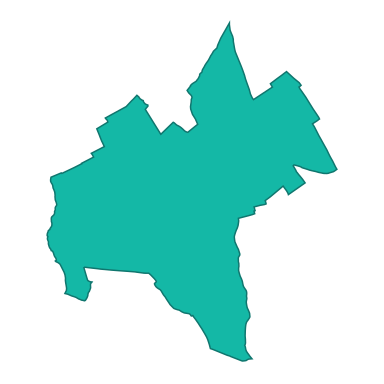 outline of Feresti, Vaslui, Romania
{"feature_id": "2599482B73897290274237", "entity_name": "Feresti", "entity_type": "district", "adm_level": 2, "iso_a3": "ROU", "parent_name": "Romania", "parent_adm1": "Vaslui", "projection": "orthographic", "projection_center": [27.708, 46.79], "detail": "fine", "context": "isolated", "style": "filled", "palette": "teal", "viewbox_px": 384, "rotation_deg": 0, "n_neighbors": 0, "source": "geoboundaries", "source_scale": "gbopen_adm2", "svg_char_len": 5896}
<svg xmlns="http://www.w3.org/2000/svg" viewBox="0 0 384 384"><path d="M319.5,119.0L318.8,117.5L316.7,114.3L313.3,109.3L308.0,100.8L305.8,97.2L302.6,92.6L300.7,89.9L299.9,88.8L299.0,87.0L299.9,86.4L301.1,85.3L299.2,82.7L293.7,78.2L291.2,75.9L289.8,74.6L286.5,71.6L286.3,71.8L284.5,73.1L281.8,75.2L277.4,78.4L270.4,83.7L272.4,87.1L253.5,99.6L252.2,97.8L250.5,94.2L249.2,89.4L247.0,83.3L245.5,79.0L244.5,75.3L242.7,70.2L241.3,66.5L235.4,52.1L234.8,49.8L234.4,47.7L233.8,44.1L233.4,41.9L233.3,40.7L233.3,39.3L232.6,36.3L230.9,32.3L230.1,30.1L229.4,24.6L229.4,23.0L220.8,38.1L217.7,45.2L216.9,48.0L213.4,51.3L212.8,52.5L211.6,54.5L210.8,55.6L209.5,58.2L208.3,60.4L206.3,63.2L204.9,65.4L204.4,66.5L202.6,69.5L202.2,70.5L202.0,71.8L201.6,72.5L201.0,72.9L200.4,73.4L199.8,74.1L199.7,74.5L199.6,75.3L199.6,76.0L199.1,76.7L198.2,78.6L197.1,79.9L196.5,80.8L196.1,81.3L192.5,83.6L191.4,84.5L190.4,85.7L190.5,86.3L190.2,86.5L187.1,90.4L188.7,92.9L191.1,95.3L191.8,96.4L192.0,97.7L191.3,99.4L191.2,101.9L190.5,106.7L190.7,109.1L192.5,114.4L195.4,119.0L197.7,124.3L187.8,132.3L186.9,132.1L185.7,131.6L184.5,130.8L182.8,129.1L181.2,127.7L179.7,126.6L178.0,125.7L176.6,125.0L174.3,122.9L173.2,122.3L160.8,134.3L145.3,109.4L146.1,108.3L147.9,106.2L147.9,105.1L145.4,104.1L144.0,102.6L143.8,102.2L143.3,101.4L143.3,100.7L142.8,100.3L141.9,100.1L141.0,99.4L140.2,98.9L139.2,97.7L138.9,97.0L136.9,95.3L133.2,99.3L131.6,100.8L126.2,106.6L105.3,118.0L105.6,118.6L106.4,119.3L107.2,120.2L107.7,121.5L107.8,122.2L107.4,122.4L96.8,128.8L99.4,135.2L100.1,137.1L101.6,140.9L102.6,142.9L104.3,146.6L91.3,153.3L92.4,154.8L93.6,157.1L81.6,163.3L81.8,163.7L74.3,167.5L61.9,173.4L61.3,172.9L51.0,177.2L50.6,179.6L50.6,180.9L50.7,181.5L51.2,182.6L51.8,183.6L52.3,184.4L52.7,185.5L52.9,186.6L53.0,187.5L53.2,188.3L53.8,189.5L54.4,191.1L54.7,191.9L54.9,193.2L55.1,195.5L55.0,196.7L55.3,200.0L56.2,202.3L56.5,203.4L56.7,204.5L56.7,205.1L56.3,205.8L55.7,206.6L55.3,207.4L55.2,208.4L55.3,209.4L55.2,209.8L55.0,210.5L54.8,210.9L54.5,211.9L54.7,212.7L54.5,213.4L54.1,214.6L53.4,215.3L52.1,216.6L51.7,217.0L51.4,217.7L51.3,218.3L51.3,219.6L51.4,220.7L51.4,221.6L51.9,223.0L51.9,223.8L51.9,224.7L51.8,225.6L51.5,226.4L50.9,227.3L50.0,228.6L50.0,229.2L49.7,229.7L49.2,229.9L48.8,230.2L48.3,230.7L48.1,231.6L47.4,233.3L47.1,235.2L47.3,235.3L47.4,235.6L47.5,236.0L47.5,236.4L47.9,236.7L47.8,237.0L47.5,237.7L47.4,238.8L47.6,239.7L48.4,241.6L48.5,242.0L48.4,242.7L48.4,243.9L48.6,244.7L48.8,245.3L49.1,246.4L49.4,247.2L50.0,248.3L50.7,249.1L51.1,250.3L51.3,250.7L51.5,250.7L52.1,250.9L52.7,251.4L53.4,252.9L54.3,255.8L55.1,257.2L55.8,258.1L56.2,259.2L56.3,260.4L55.9,260.6L55.3,261.0L55.6,261.4L56.0,261.7L57.8,262.5L59.0,263.3L60.1,264.3L64.1,272.2L65.0,274.9L65.5,278.0L65.4,280.5L65.7,282.8L66.2,285.6L66.6,288.2L66.4,290.5L64.9,293.5L66.1,293.8L67.8,294.2L71.6,295.9L74.2,296.7L76.1,297.4L77.9,298.5L79.0,299.1L79.6,299.2L80.1,299.5L81.8,300.2L83.2,300.4L84.3,300.8L84.7,300.7L84.9,300.4L85.4,300.4L86.7,298.3L87.5,296.6L87.8,295.5L87.9,294.6L88.0,293.8L88.3,292.9L88.5,292.4L89.3,291.4L90.0,289.6L90.3,288.7L90.6,288.0L90.6,287.5L90.5,285.3L90.5,284.1L91.0,283.0L91.6,282.6L92.0,282.0L90.4,281.8L88.7,281.1L87.7,280.4L86.9,278.0L83.9,267.7L84.7,267.2L89.7,267.8L97.7,268.7L100.7,269.1L102.8,269.3L105.3,269.5L111.7,270.1L118.0,270.6L126.4,271.2L135.1,271.9L137.0,272.2L143.8,273.1L145.7,273.2L148.6,273.2L149.0,273.4L150.8,275.0L154.2,278.5L155.6,280.2L156.0,280.8L156.3,281.4L156.1,282.0L155.0,283.0L154.5,283.6L154.5,284.0L155.0,285.2L155.9,286.6L156.8,287.5L158.3,288.6L160.2,289.7L161.1,290.8L163.3,294.6L164.3,295.9L165.1,296.8L166.6,299.3L169.2,303.2L170.1,304.6L173.3,307.9L174.0,308.5L175.6,309.1L177.4,309.7L178.8,310.0L179.7,310.4L181.6,311.7L184.2,312.9L188.6,313.6L189.6,313.9L190.4,314.7L191.2,315.9L191.9,316.0L192.8,315.5L193.8,317.1L195.5,319.3L198.3,323.3L200.5,326.8L201.0,327.5L202.1,329.2L205.2,334.5L206.7,337.2L207.8,339.8L209.3,344.4L210.4,348.6L212.6,349.3L227.3,355.3L229.8,356.0L230.4,356.4L241.4,360.7L242.3,361.0L243.8,360.9L246.0,360.6L247.4,359.7L248.6,359.1L252.0,358.8L251.0,357.6L250.0,356.4L248.6,354.4L247.6,353.1L246.5,351.4L246.1,350.5L245.7,349.2L245.4,347.2L244.9,345.6L244.7,345.4L245.3,344.1L245.5,342.9L245.4,339.2L245.1,335.8L245.3,330.2L245.5,327.2L245.7,325.4L246.0,323.8L246.6,322.1L247.2,321.1L247.6,320.7L249.0,318.6L249.8,317.2L249.9,316.6L249.6,313.4L249.4,312.7L248.5,310.5L247.5,308.4L247.1,307.3L246.7,305.3L246.3,302.7L246.3,301.6L246.5,300.3L246.7,299.4L246.8,298.7L246.8,298.0L246.6,297.0L246.5,296.0L246.7,293.9L246.7,292.8L246.6,292.1L246.5,291.5L246.3,290.9L245.9,290.1L244.1,287.5L243.5,286.4L243.2,285.5L242.8,283.9L242.5,282.2L242.3,281.2L241.5,279.0L240.2,276.2L239.8,275.0L239.0,272.2L238.6,270.5L238.6,269.5L238.6,268.1L238.9,266.2L238.8,263.2L238.5,262.3L238.4,261.8L238.3,258.3L238.5,257.2L239.8,255.0L239.8,254.4L239.8,253.9L238.4,249.4L237.2,247.1L234.9,241.8L234.6,239.8L234.3,237.2L234.4,236.1L234.8,234.5L235.6,232.0L236.3,230.1L237.2,228.2L237.7,226.7L238.1,225.3L238.6,221.8L238.7,220.7L238.5,219.5L238.4,218.3L248.8,215.6L252.3,214.6L254.7,213.7L254.0,211.1L255.1,210.7L254.6,208.9L254.1,206.9L261.0,205.1L261.5,205.1L264.1,204.6L264.6,204.5L266.1,203.9L265.9,202.9L265.5,201.4L265.2,200.6L270.8,196.4L283.1,186.1L285.1,188.8L286.5,190.7L287.2,191.8L288.2,193.8L288.4,194.6L305.1,182.9L302.6,179.3L300.0,176.1L298.6,174.5L297.1,172.5L296.6,172.0L296.1,171.0L295.9,170.4L293.2,165.8L293.6,165.2L294.0,165.0L294.3,165.0L295.3,165.2L297.6,165.8L299.6,166.4L301.1,167.0L302.1,167.7L307.9,169.5L309.5,170.1L311.5,170.6L315.6,171.5L318.7,172.4L321.3,172.9L323.6,173.4L326.8,173.5L328.2,173.3L330.3,172.6L333.4,171.7L334.7,170.9L336.9,169.3L335.5,166.9L332.5,160.8L331.5,159.1L330.0,156.4L328.7,153.8L326.9,150.0L320.1,137.8L319.0,135.9L315.9,129.8L314.4,126.9L312.5,123.8L317.4,120.6L319.0,119.3L319.5,119.0Z" fill="#14b8a6" stroke="#0f766e" stroke-width="1.5"/></svg>